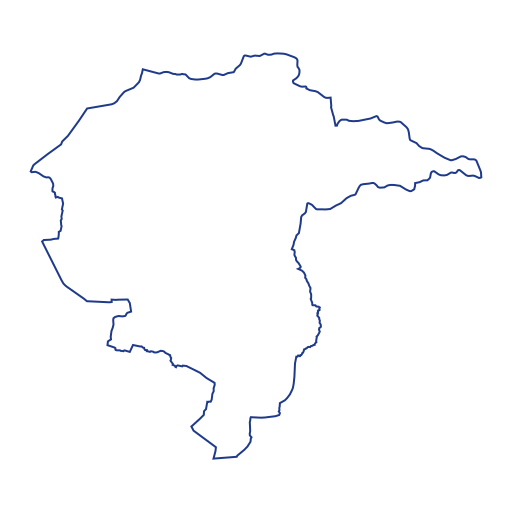 the district of Phra Phutthabat, Saraburi, Thailand
{"feature_id": "78962969B27342930325122", "entity_name": "Phra Phutthabat", "entity_type": "district", "adm_level": 2, "iso_a3": "THA", "parent_name": "Thailand", "parent_adm1": "Saraburi", "projection": "orthographic", "projection_center": [100.827, 14.702], "detail": "fine", "context": "isolated", "style": "outline", "palette": "blue", "viewbox_px": 512, "rotation_deg": 0, "n_neighbors": 0, "source": "geoboundaries", "source_scale": "gbopen_adm2", "svg_char_len": 5988}
<svg xmlns="http://www.w3.org/2000/svg" viewBox="0 0 512 512"><path d="M213.5,458.6L236.7,456.8L237.3,455.6L244.2,449.9L247.5,446.5L250.5,441.7L250.8,438.6L251.5,437.3L249.9,435.5L249.7,433.9L250.2,431.1L249.8,422.1L250.3,420.0L250.4,418.2L250.8,417.2L261.1,417.7L264.8,417.5L275.4,416.2L279.2,415.0L279.9,413.1L278.8,411.5L279.4,410.3L279.3,408.0L279.7,406.3L279.9,403.1L284.9,400.3L287.0,398.2L289.9,394.4L292.3,389.5L293.0,387.5L293.7,383.6L294.4,376.9L295.0,363.5L296.3,356.7L297.4,356.7L298.1,355.5L298.7,355.5L299.5,356.1L300.1,356.1L300.5,355.1L301.3,355.0L301.9,354.2L302.3,353.0L303.0,352.7L303.7,351.1L304.1,349.4L305.6,348.9L305.8,348.5L306.7,348.2L307.8,347.1L308.8,346.9L310.1,347.1L310.9,346.1L312.0,345.9L312.9,345.5L313.4,345.0L314.6,344.9L314.6,344.3L315.5,342.9L316.3,342.3L316.1,341.8L316.3,341.3L316.2,340.6L316.8,337.0L316.6,336.5L317.8,335.4L319.7,331.8L319.7,331.3L319.0,329.8L319.2,328.5L319.4,327.9L320.5,327.3L320.9,326.7L320.7,324.5L319.6,322.8L319.8,320.4L319.2,319.1L319.2,317.8L317.3,315.7L317.6,315.0L317.5,314.2L317.9,313.7L317.4,313.1L318.0,312.3L317.9,310.9L318.2,310.4L319.2,310.4L319.5,310.2L319.6,309.7L319.3,308.6L319.8,307.5L318.6,306.7L316.3,306.5L315.4,305.3L312.7,305.2L312.3,304.9L312.2,302.8L310.7,298.9L311.1,298.4L311.2,295.7L311.1,294.1L310.1,291.7L310.5,288.0L309.5,286.3L308.2,282.9L306.9,281.1L306.4,279.2L305.2,277.8L305.4,275.5L303.9,272.5L301.9,270.6L298.2,268.9L299.5,268.3L300.5,267.4L300.7,266.6L298.5,263.0L296.9,261.4L296.1,260.1L295.9,257.6L295.0,256.3L294.4,254.9L294.7,252.0L294.3,250.2L291.8,249.2L293.5,244.9L294.1,241.7L295.7,238.2L296.5,235.4L298.9,233.1L300.6,223.6L301.2,217.0L302.1,215.4L304.8,213.4L305.9,211.9L307.3,203.6L307.6,203.3L308.5,203.2L310.4,204.0L312.1,205.0L315.2,208.2L316.2,209.1L317.1,209.3L326.0,209.4L330.2,209.0L336.0,205.5L341.0,203.2L346.5,198.2L350.8,195.8L354.8,194.8L355.6,194.2L358.7,187.7L359.8,185.9L360.9,184.8L363.2,184.2L369.0,183.6L372.1,183.0L373.5,183.0L374.7,183.6L376.8,185.5L377.9,187.0L379.8,187.7L384.3,187.4L387.4,185.6L388.8,185.2L390.8,184.9L394.2,185.0L400.0,185.8L406.0,189.5L409.1,190.9L410.4,191.2L411.4,191.0L414.2,189.3L415.1,185.6L415.1,183.1L419.5,182.2L423.3,180.4L427.4,180.3L429.4,178.5L430.1,177.5L430.9,173.2L431.3,172.4L432.0,171.7L433.5,171.2L434.3,171.3L438.5,174.3L440.4,175.1L441.6,175.3L444.5,175.4L447.0,174.9L450.9,172.6L452.2,172.5L454.1,173.0L455.6,172.9L456.4,172.4L458.1,170.2L459.1,170.0L460.0,170.3L466.0,175.1L467.3,175.7L468.7,176.0L472.8,175.6L474.6,175.9L479.1,178.0L480.7,177.7L481.3,177.3L481.0,172.4L480.4,170.5L476.4,160.7L475.4,159.8L473.9,159.3L469.8,159.3L468.4,159.0L465.6,157.0L463.1,156.3L460.9,156.4L455.8,159.0L451.9,160.2L450.5,160.2L444.5,157.7L437.1,153.3L433.2,150.6L430.7,149.3L429.0,148.8L422.8,148.2L421.5,147.6L419.1,146.0L416.5,143.1L410.6,140.3L410.0,139.7L409.6,138.2L408.8,132.2L408.0,129.3L406.5,127.2L400.6,122.0L399.0,121.6L396.9,121.6L392.7,122.5L388.4,123.1L386.5,123.2L384.3,122.5L380.2,120.6L379.0,119.4L377.5,116.5L376.4,116.1L370.5,118.5L358.6,120.9L353.4,121.2L349.9,120.9L348.5,120.7L347.6,120.0L346.5,119.7L341.6,119.7L340.5,120.3L339.3,121.3L337.5,123.9L337.0,125.6L335.5,125.7L333.7,116.4L333.1,114.9L331.0,107.1L331.3,106.2L330.6,97.6L327.8,97.9L326.1,97.8L324.4,97.2L317.8,92.1L315.5,91.2L309.9,90.2L306.4,88.5L306.6,88.0L306.4,87.4L306.2,86.9L305.7,86.5L302.0,86.7L300.1,86.3L293.6,83.2L292.9,81.5L293.1,80.4L296.3,78.3L297.9,76.6L298.7,75.4L299.4,73.0L299.5,70.1L298.6,68.1L297.7,67.1L297.4,66.1L297.3,64.7L297.5,60.7L297.3,59.8L296.5,58.5L294.5,57.3L286.4,54.3L283.5,53.7L277.6,53.4L274.2,53.6L271.4,54.6L268.9,54.8L267.8,54.7L265.1,53.7L264.2,53.7L259.8,56.0L254.7,55.6L250.8,56.7L245.6,55.5L244.6,55.5L243.8,56.2L240.9,63.7L239.9,65.1L235.7,68.7L234.0,71.8L233.6,72.2L228.0,73.1L223.7,75.0L222.4,75.0L216.9,73.5L215.4,73.5L214.5,73.8L210.2,77.2L207.3,78.4L204.9,78.8L198.4,79.5L195.1,79.5L191.2,79.0L189.1,78.2L185.7,74.6L185.0,74.3L183.7,74.3L182.1,73.9L180.3,74.5L176.5,74.5L175.3,74.0L173.2,73.9L168.8,72.2L166.5,71.9L163.8,72.1L160.0,73.5L158.7,73.5L142.8,69.3L142.0,73.2L141.1,75.5L140.1,79.8L138.9,82.3L133.6,87.7L125.5,91.1L124.0,92.1L119.6,97.1L117.0,101.1L114.2,103.3L111.6,104.3L87.1,108.5L79.0,120.6L67.9,135.9L62.2,141.5L61.1,144.4L48.1,153.8L34.8,164.0L33.3,165.4L30.7,171.4L31.6,172.2L35.6,171.8L38.7,173.1L43.5,176.4L46.3,177.4L48.6,177.3L49.6,177.7L50.7,178.9L53.1,183.6L53.3,186.0L52.5,188.2L52.4,191.1L52.7,191.5L53.8,191.9L54.9,192.7L55.0,194.4L55.5,195.3L55.4,196.3L55.8,197.5L57.8,196.9L59.1,197.7L62.0,198.4L63.1,203.6L61.9,209.4L62.7,210.6L61.4,216.4L61.7,219.0L60.8,220.4L61.2,225.0L61.6,226.2L60.6,230.8L58.8,231.9L58.8,234.3L58.3,238.2L58.1,238.6L54.1,238.9L50.5,239.7L43.8,240.0L42.1,241.5L61.6,280.4L63.4,283.5L65.0,285.2L66.8,286.7L84.2,298.9L86.9,301.2L109.5,302.3L111.7,302.0L111.6,299.6L115.9,299.9L118.2,299.7L127.7,299.5L129.8,303.1L131.1,311.6L127.4,312.8L126.5,313.8L125.6,315.6L125.0,316.0L122.4,316.4L118.6,316.0L115.2,316.9L113.5,318.2L113.2,319.9L113.5,324.6L112.6,328.1L111.5,330.9L110.7,336.8L111.0,339.4L108.3,341.1L107.9,341.5L107.5,345.2L114.5,347.5L115.4,348.2L115.4,349.6L115.7,350.0L116.7,350.3L119.9,350.3L120.5,350.8L123.5,351.2L124.1,350.5L124.7,350.4L129.8,351.9L133.0,345.0L140.2,346.5L141.6,346.4L142.7,347.5L144.1,347.8L144.3,348.9L145.1,350.0L146.9,350.1L146.8,351.2L148.1,351.3L149.9,351.9L150.8,351.3L151.8,351.4L153.4,351.8L154.1,352.4L155.7,352.5L157.2,352.3L160.7,350.8L163.0,351.1L164.3,351.7L165.4,352.9L169.0,354.6L169.4,355.2L170.1,355.2L170.6,357.3L171.2,358.0L170.8,360.2L170.5,360.7L172.9,363.9L172.6,364.9L174.8,365.7L175.4,366.9L176.0,367.2L176.5,366.0L177.7,365.4L181.8,366.3L182.4,366.3L182.8,365.6L186.4,366.0L200.1,372.8L206.5,378.0L214.6,382.9L214.7,384.8L213.6,388.4L213.7,391.2L212.4,393.8L211.7,399.6L210.7,401.7L209.0,401.6L208.3,402.0L207.3,401.8L206.0,409.1L204.2,411.0L204.0,411.5L203.8,414.9L199.9,418.8L191.4,426.5L193.6,430.7L215.9,447.2L215.5,451.0L213.5,458.6Z" fill="none" stroke="#1e3a8a" stroke-width="2"/></svg>